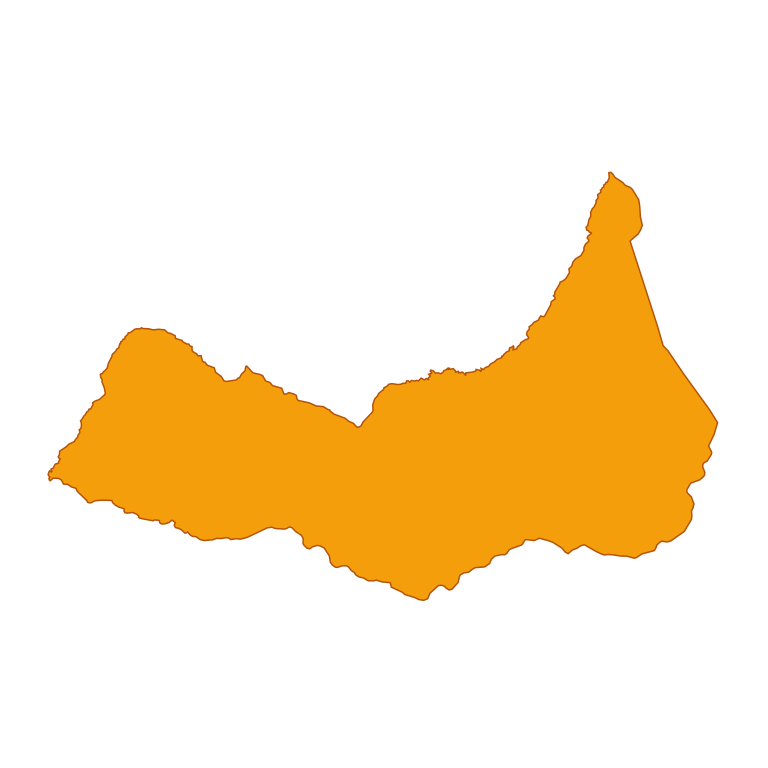 Sabanalarga, Casanare, Colombia, rotated 271°
{"feature_id": "7082276B53386587060055", "entity_name": "Sabanalarga", "entity_type": "district", "adm_level": 2, "iso_a3": "COL", "parent_name": "Colombia", "parent_adm1": "Casanare", "projection": "albers", "projection_center": [-72.979, 4.832], "detail": "fine", "context": "isolated", "style": "filled", "palette": "amber", "viewbox_px": 768, "rotation_deg": 271, "n_neighbors": 0, "source": "geoboundaries", "source_scale": "gbopen_adm2", "svg_char_len": 6111}
<svg xmlns="http://www.w3.org/2000/svg" viewBox="0 0 768 768"><g transform="rotate(271 384 384)"><path d="M260.6,89.6L260.0,91.4L260.2,93.3L262.2,97.1L263.0,104.7L262.8,113.9L260.7,114.7L258.3,117.4L256.2,121.1L254.8,126.3L252.4,126.3L250.8,127.2L250.4,129.4L251.1,135.0L249.5,138.9L247.6,141.1L246.5,140.9L245.7,141.9L244.9,145.4L243.2,155.6L244.1,157.1L243.8,161.1L243.4,161.8L241.4,162.2L240.2,163.9L240.3,167.2L241.8,171.7L243.9,173.9L243.9,175.0L241.8,177.7L239.0,176.7L236.8,178.0L236.0,181.4L234.6,184.1L231.5,187.4L231.6,188.7L232.6,190.2L229.8,192.7L228.4,195.0L228.0,198.7L225.2,203.0L224.3,207.2L225.3,215.7L226.7,219.1L226.6,223.3L227.6,229.2L227.4,231.3L225.8,233.5L226.8,239.1L226.3,242.9L228.3,250.0L238.1,269.7L238.9,274.4L237.6,277.8L237.2,286.5L237.5,288.5L239.4,291.8L239.2,293.1L238.4,294.9L235.1,298.1L231.1,304.2L228.0,305.9L223.3,305.8L222.0,306.3L218.6,309.7L217.9,312.7L219.9,315.2L221.4,319.9L221.0,323.1L219.0,327.0L211.3,332.3L204.7,333.5L202.0,335.6L200.0,338.6L199.8,340.7L201.4,345.0L201.6,349.7L200.6,351.6L196.7,354.8L195.1,357.5L192.5,359.3L190.6,362.5L189.7,366.9L187.0,371.6L187.0,377.2L187.7,379.8L186.0,385.9L185.6,392.9L185.1,393.8L181.0,394.9L176.1,406.0L174.0,408.3L170.8,419.0L169.1,422.6L168.4,427.4L169.7,430.8L170.7,431.7L175.6,433.6L183.5,442.1L183.8,445.0L182.9,448.0L181.2,449.4L179.2,452.7L180.0,455.6L186.8,461.5L193.3,463.0L194.6,463.8L196.5,467.1L197.3,471.9L200.6,475.9L202.0,478.7L202.9,487.9L206.4,492.7L210.7,494.5L213.9,497.9L215.4,504.0L215.4,507.8L217.0,509.9L220.3,512.0L221.3,513.4L225.3,524.0L226.2,525.2L230.4,527.6L230.9,528.7L230.1,537.1L232.5,542.0L230.1,551.5L228.7,555.5L223.1,564.7L219.1,568.1L217.6,571.1L221.2,575.1L223.1,579.7L225.8,583.7L226.7,587.3L220.1,599.3L217.3,605.7L216.9,607.6L217.4,610.6L217.2,616.2L216.1,623.6L216.1,629.7L214.2,637.4L214.9,639.5L218.6,644.9L222.1,657.0L224.1,658.4L227.8,659.7L230.5,662.4L231.7,664.5L231.0,669.8L232.1,673.5L241.8,686.8L254.0,693.8L257.5,694.1L262.7,693.7L265.8,695.3L267.6,695.3L269.1,696.1L276.6,693.2L280.2,689.5L281.7,688.7L283.4,688.6L290.2,692.3L293.7,701.4L296.5,704.6L298.5,706.1L301.3,706.3L306.5,704.2L308.9,704.1L311.0,705.4L312.4,708.3L319.0,712.4L321.4,712.9L327.8,709.6L338.9,714.8L351.2,718.2L364.0,709.9L399.5,683.3L422.2,667.3L427.2,662.4L446.4,656.5L531.3,627.5L538.2,635.3L542.5,637.8L547.2,639.5L555.3,637.5L566.9,636.5L572.8,635.4L582.9,628.9L584.7,626.9L586.9,621.7L589.7,619.1L594.7,611.2L597.7,609.2L599.6,607.2L599.2,605.1L594.0,605.6L589.6,603.7L589.3,602.3L588.1,602.1L587.0,600.4L584.9,600.3L584.0,598.8L582.2,598.0L581.6,597.0L579.5,597.5L577.0,594.3L573.9,594.9L571.0,592.7L569.8,593.1L567.8,592.4L564.6,590.9L562.9,589.2L559.1,587.6L555.4,587.8L551.6,585.9L546.0,585.0L544.3,583.3L541.5,584.0L540.8,585.8L539.6,586.4L538.8,588.7L538.2,588.7L535.5,585.4L534.2,584.7L533.4,584.6L532.0,586.0L530.3,586.3L527.5,583.1L523.9,581.5L521.1,581.6L515.8,578.6L512.6,573.5L509.1,570.7L505.0,569.6L502.4,566.9L498.7,567.5L492.6,564.0L490.3,561.3L489.0,558.4L486.9,557.8L478.9,553.2L476.5,553.1L475.1,551.8L473.7,553.4L472.0,553.6L469.3,549.8L466.2,549.3L455.2,543.7L454.0,542.5L454.8,539.5L450.3,536.9L448.4,532.9L446.0,531.1L443.8,528.1L441.2,528.3L439.1,526.4L436.7,525.7L435.4,526.0L432.9,527.8L431.7,527.3L430.7,524.5L427.7,520.0L425.9,519.4L423.4,516.8L421.5,515.9L420.5,512.5L423.4,513.2L424.3,512.5L423.4,511.6L422.3,509.0L419.3,508.4L418.1,505.9L415.5,503.1L414.5,503.0L413.8,501.2L412.4,501.3L410.5,496.5L408.0,494.0L405.8,490.0L403.5,488.4L402.2,485.0L400.3,483.3L401.3,480.7L399.4,481.3L398.4,480.4L399.5,479.4L400.2,475.8L398.8,475.6L397.6,473.0L396.5,465.5L394.7,465.7L394.4,465.2L397.2,462.4L397.2,461.3L396.4,460.3L397.0,459.1L396.5,458.5L398.0,458.0L397.1,455.3L398.5,455.1L400.5,453.1L399.8,448.3L400.9,448.9L401.1,447.8L399.2,445.7L398.3,443.5L396.9,442.9L395.3,440.8L396.0,438.2L395.9,434.9L398.1,433.0L398.7,430.4L397.8,430.0L396.1,431.5L395.4,431.2L394.5,428.5L392.8,430.2L390.8,428.2L390.0,428.0L388.9,428.8L390.3,426.1L388.8,424.5L390.5,421.0L387.7,418.3L388.2,416.7L387.5,414.8L388.0,411.4L386.3,409.6L387.5,408.4L387.5,406.6L385.1,405.6L384.9,402.2L384.1,401.2L383.7,397.8L384.5,391.8L383.8,388.7L381.9,387.1L380.2,384.0L378.7,383.8L374.5,378.9L371.9,377.6L368.8,374.9L363.0,373.1L357.5,373.5L355.8,372.9L345.6,363.7L341.6,361.7L340.5,359.6L340.3,357.8L344.2,354.0L346.1,349.3L349.0,345.9L353.0,334.6L355.8,330.8L357.1,330.2L357.6,328.2L360.3,323.8L360.9,316.4L363.9,309.5L366.0,298.6L367.6,297.3L371.1,296.5L372.5,293.9L373.8,288.8L372.2,286.6L372.2,284.2L378.0,281.8L380.4,272.6L383.7,269.7L384.9,265.7L390.2,262.5L391.3,260.1L392.9,252.7L399.5,246.5L399.1,245.5L394.8,244.8L391.7,241.6L387.8,239.4L387.5,238.2L385.5,236.2L383.8,226.6L384.3,224.0L388.7,221.1L392.8,215.4L397.2,214.0L399.7,207.0L402.8,204.5L402.7,203.3L403.9,202.0L409.2,200.6L408.8,197.7L410.9,196.1L412.9,192.5L413.9,191.6L418.0,191.4L418.6,189.5L420.5,188.1L420.6,186.0L423.0,181.7L424.1,181.3L425.8,175.1L426.4,174.6L428.5,174.5L430.9,169.7L431.4,167.0L434.3,163.7L434.8,158.0L434.1,152.1L435.1,147.8L435.3,141.8L436.0,140.5L434.7,138.8L435.0,136.4L434.4,133.9L430.9,129.3L430.7,127.4L429.1,126.9L426.6,124.3L424.5,123.9L424.3,122.4L422.4,121.4L421.6,120.0L419.9,119.9L419.7,119.2L415.6,118.2L414.3,116.3L412.0,115.0L408.8,111.8L406.6,111.4L400.2,108.2L395.3,107.0L392.7,105.0L391.6,103.5L389.6,102.3L389.0,100.5L388.4,100.2L385.6,100.7L383.4,102.1L381.1,102.0L375.6,104.3L370.2,105.5L368.7,105.2L363.6,99.7L361.7,95.1L360.2,93.1L358.0,93.3L354.6,91.5L353.9,91.0L353.8,89.6L351.4,88.4L351.0,87.4L347.7,85.6L346.7,84.4L343.2,82.6L342.0,81.2L339.6,82.1L337.1,82.2L334.2,81.7L332.8,80.0L331.0,80.7L329.7,80.5L327.7,79.0L325.7,78.7L322.9,76.3L321.0,75.4L318.6,70.3L315.6,67.2L311.1,60.8L307.7,60.7L305.6,59.5L304.4,60.1L303.5,61.5L301.3,60.3L299.2,59.9L298.3,57.1L297.1,56.0L294.5,55.1L293.0,52.5L290.6,53.4L290.2,52.9L291.3,51.3L290.9,50.8L287.9,49.8L286.6,50.1L285.1,51.7L283.8,50.6L282.2,51.0L281.4,51.9L284.1,54.9L283.9,60.6L282.2,63.2L278.3,65.3L278.2,69.4L275.6,73.3L274.3,77.8L271.4,79.1L262.0,89.1L260.6,89.6Z" fill="#f59e0b" stroke="#b45309" stroke-width="1.5"/></g></svg>